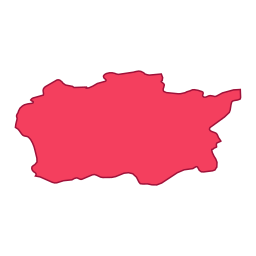 SVG path tracing the border of Alytaus
{"feature_id": "LTU-1067", "entity_name": "Alytaus", "entity_type": "County", "adm_level": 1, "iso_a3": "LTU", "parent_name": "Lithuania", "parent_adm1": "", "projection": "equal_earth", "projection_center": [24.158, 54.224], "detail": "fine", "context": "isolated", "style": "filled", "palette": "rose", "viewbox_px": 256, "rotation_deg": 0, "n_neighbors": 0, "source": "natural_earth", "source_scale": "10m", "svg_char_len": 2590}
<svg xmlns="http://www.w3.org/2000/svg" viewBox="0 0 256 256"><path d="M220.9,141.2L217.0,142.9L216.4,144.0L216.4,145.3L216.6,146.4L216.5,147.1L214.0,148.2L212.8,149.3L211.9,149.4L211.7,150.0L212.3,152.6L214.0,156.2L215.8,159.1L217.0,162.3L216.8,167.0L216.7,167.0L215.0,169.9L212.6,170.8L203.8,171.9L201.3,171.8L199.3,170.3L197.5,167.0L197.1,166.8L196.5,166.7L196.0,166.7L192.8,168.6L184.1,169.8L177.3,172.7L161.7,183.0L156.8,184.9L151.9,184.8L147.6,183.9L143.0,184.0L140.3,183.7L138.9,182.0L136.5,177.2L132.7,173.7L128.5,172.7L124.0,173.2L115.6,176.6L111.6,177.4L102.8,177.5L100.6,177.1L96.6,175.2L94.5,174.5L92.4,174.8L82.0,179.2L81.0,179.4L79.8,179.1L77.4,178.0L76.4,177.9L74.3,178.5L72.0,179.8L63.5,180.7L56.8,182.8L54.6,182.9L52.3,182.3L40.1,176.9L35.4,176.0L36.0,175.0L36.1,174.1L35.7,173.2L34.9,172.5L33.5,171.6L32.4,170.3L31.8,168.8L31.9,167.0L32.6,166.2L33.3,165.6L34.9,164.6L37.0,162.0L36.9,158.2L35.0,150.3L34.0,146.6L32.5,142.9L30.6,139.5L28.4,137.1L27.2,136.5L24.2,135.9L22.8,135.2L21.6,133.9L19.2,130.5L17.9,129.0L15.4,127.4L15.8,124.3L17.1,118.9L17.0,117.8L16.6,116.7L16.6,115.5L17.0,114.4L18.1,112.6L18.5,111.1L20.0,108.2L22.4,106.0L24.4,104.8L27.7,103.9L32.0,103.3L33.1,102.8L33.3,101.9L33.0,101.5L31.3,100.7L30.7,100.0L31.7,98.8L33.0,98.0L43.3,95.1L43.5,93.9L43.5,93.4L43.2,91.6L43.1,90.3L43.5,88.8L44.4,87.5L45.5,86.6L56.9,80.0L58.2,79.8L59.7,80.1L61.9,81.8L63.0,83.2L65.5,85.0L72.5,86.4L73.9,87.5L86.5,87.1L86.9,87.6L86.5,88.1L87.2,88.2L89.0,87.8L92.7,86.2L97.3,83.5L105.2,81.3L105.7,81.0L106.0,80.6L106.0,80.1L105.8,79.6L105.5,79.3L104.5,78.5L104.2,78.2L103.9,77.8L103.7,77.3L103.5,76.7L103.5,76.0L103.8,75.5L104.2,75.0L104.6,74.6L105.5,74.0L106.5,73.5L109.5,72.8L112.2,72.8L114.9,73.4L116.1,73.9L117.3,74.2L118.5,74.4L133.4,72.2L136.1,71.5L138.7,71.1L140.9,71.4L143.7,72.8L144.9,74.0L147.4,74.8L149.3,75.1L161.3,74.0L162.7,77.8L162.4,78.9L162.3,80.4L161.6,80.9L161.2,81.5L161.4,81.9L163.7,83.7L164.3,84.9L163.7,87.5L163.2,88.9L163.2,90.2L163.7,91.4L166.4,92.6L178.4,93.8L180.6,93.7L185.1,92.7L186.8,91.8L190.1,90.8L192.4,89.8L194.3,89.7L198.0,90.3L202.0,91.6L202.9,92.2L203.2,93.1L203.0,94.1L202.6,95.2L202.9,96.3L203.8,97.1L205.3,97.2L206.4,96.9L208.6,95.9L210.2,95.6L212.9,96.0L214.7,96.5L216.1,96.3L222.5,92.9L233.5,89.9L240.3,89.5L240.6,97.2L240.5,98.0L240.1,99.1L237.6,100.0L234.0,100.6L232.6,101.1L232.0,101.6L231.6,102.4L231.0,104.7L230.2,109.9L229.3,112.4L224.5,117.0L209.9,127.6L209.4,129.2L210.1,130.5L211.5,131.4L214.7,132.6L216.0,133.2L216.9,134.1L217.5,135.2L218.5,137.6L220.9,141.1L220.9,141.2Z" fill="#f43f5e" stroke="#9f1239" stroke-width="1.5"/></svg>